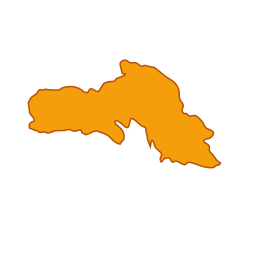 outline of Điện Biên, rotated 311°
{"feature_id": "VNM-450", "entity_name": "Điện Biên", "entity_type": "Province", "adm_level": 1, "iso_a3": "VNM", "parent_name": "Vietnam", "parent_adm1": "", "projection": "natural_earth1", "projection_center": [102.938, 21.7], "detail": "fine", "context": "isolated", "style": "filled", "palette": "amber", "viewbox_px": 256, "rotation_deg": 311, "n_neighbors": 0, "source": "natural_earth", "source_scale": "10m", "svg_char_len": 3072}
<svg xmlns="http://www.w3.org/2000/svg" viewBox="0 0 256 256"><g transform="rotate(311 128 128)"><path d="M110.9,132.7L110.7,132.5L110.0,131.4L109.4,129.8L109.0,127.3L108.8,124.9L109.3,118.7L108.4,114.4L105.4,106.6L102.6,104.1L98.7,102.6L95.3,100.7L94.3,96.6L94.3,96.2L94.5,95.8L94.7,95.5L94.9,95.2L95.7,93.9L94.4,92.5L92.1,91.1L90.3,89.5L89.7,88.3L88.8,85.7L88.2,84.6L87.4,83.7L84.6,81.8L78.2,74.9L72.9,71.9L71.1,70.1L70.6,68.0L69.3,66.6L67.8,65.4L66.5,63.8L66.3,63.1L66.6,61.9L66.6,61.3L66.3,60.8L65.6,60.2L65.3,59.8L64.4,56.4L63.9,55.4L63.3,53.9L64.2,52.5L65.8,51.4L67.4,50.9L69.3,51.4L70.9,52.3L72.2,52.5L73.3,50.9L73.8,49.0L74.3,45.5L75.2,43.5L81.7,36.1L86.5,35.0L88.6,35.1L93.6,36.5L98.1,35.9L99.4,36.5L100.6,38.6L101.9,39.7L102.7,40.0L103.4,40.4L104.2,42.3L110.2,49.8L111.8,51.1L115.2,52.1L118.4,54.4L122.0,57.9L124.1,61.0L125.6,64.6L126.3,68.5L126.3,71.4L126.6,71.9L127.4,72.9L128.1,74.3L129.4,74.3L132.0,73.6L133.7,74.6L134.4,77.0L134.9,79.6L136.0,81.6L137.6,81.7L145.5,80.5L147.8,81.3L150.4,83.2L154.4,87.1L157.7,86.8L165.5,91.0L167.2,90.4L166.9,90.0L166.3,89.5L165.6,88.8L165.3,88.1L165.6,87.5L170.8,80.3L172.1,79.4L174.1,79.4L176.1,80.2L177.6,81.7L178.2,83.4L178.4,86.0L179.0,87.5L181.2,89.6L182.2,91.0L182.8,92.8L183.0,94.9L183.1,97.2L183.4,97.7L185.1,98.9L185.8,99.1L186.3,99.6L190.4,107.5L191.0,108.2L191.6,122.3L192.7,130.8L192.7,134.1L192.0,137.5L190.7,140.3L188.9,142.8L184.8,146.7L183.5,148.7L182.9,150.5L182.4,152.9L181.7,154.3L180.8,155.3L177.3,157.0L176.3,157.9L175.6,159.2L175.5,160.4L175.8,161.2L176.5,161.7L177.0,162.3L177.3,163.4L177.0,164.8L177.2,166.0L177.8,167.1L181.1,170.0L181.8,171.6L182.1,174.0L181.8,178.1L181.2,181.1L179.5,185.3L179.3,186.9L179.6,188.5L180.9,192.5L181.0,194.6L180.4,195.8L179.2,196.5L177.6,196.8L175.8,196.8L174.2,196.4L172.8,195.7L171.5,194.5L170.3,193.8L169.2,193.4L168.2,193.5L167.6,194.1L167.4,194.9L167.5,196.1L167.8,197.7L167.9,199.7L167.6,201.2L166.8,202.2L164.9,203.5L164.1,204.7L163.7,206.2L163.4,210.0L162.3,214.0L161.9,217.5L162.1,220.4L162.1,220.7L162.1,220.8L161.4,221.0L160.4,221.0L159.5,220.6L158.3,219.7L157.6,219.2L156.6,218.9L155.0,218.7L154.1,218.2L153.5,217.8L152.2,216.3L149.6,212.8L148.0,209.6L145.2,202.8L143.2,198.0L141.8,196.3L139.6,195.2L138.3,195.4L137.6,195.0L137.1,194.3L136.7,193.3L136.1,191.5L135.3,187.4L135.2,187.3L134.2,185.5L133.3,184.9L132.6,184.9L132.0,184.7L131.4,183.6L131.4,182.6L132.2,180.5L132.3,179.5L131.9,178.3L131.0,177.1L129.8,176.2L128.5,175.6L126.5,175.5L124.8,175.7L124.1,175.3L125.1,173.3L126.6,172.0L129.6,171.2L130.7,169.9L131.0,168.1L131.1,163.3L131.5,161.1L134.4,155.8L134.6,154.6L133.3,154.3L131.6,155.2L129.8,156.5L128.4,157.2L132.5,149.8L134.4,147.8L137.8,143.2L139.6,141.3L139.6,141.0L139.7,140.7L139.6,140.3L139.6,140.0L138.7,137.7L138.4,135.1L138.5,127.9L138.3,126.6L137.9,125.5L137.2,124.1L136.8,123.9L136.2,124.3L129.8,127.4L128.2,127.5L127.2,126.3L126.9,124.2L127.1,120.0L126.4,115.1L124.6,113.6L123.1,115.2L122.8,123.8L121.8,127.2L119.7,130.0L117.0,132.1L116.0,132.3L111.3,132.4L110.9,132.7Z" fill="#f59e0b" stroke="#b45309" stroke-width="1.5"/></g></svg>